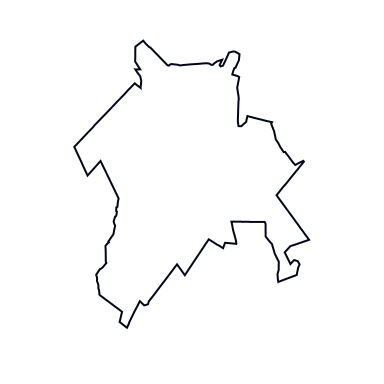 Lazdulejas pag., Balvu, Latvia (Equal Earth projection), rotated 282°
{"feature_id": "27541924B29489313148082", "entity_name": "Lazdulejas pag.", "entity_type": "district", "adm_level": 2, "iso_a3": "LVA", "parent_name": "Latvia", "parent_adm1": "Balvu", "projection": "equal_earth", "projection_center": [27.463, 57.024], "detail": "fine", "context": "isolated", "style": "outline", "palette": "ink", "viewbox_px": 384, "rotation_deg": 282, "n_neighbors": 0, "source": "geoboundaries", "source_scale": "gbopen_adm2", "svg_char_len": 5298}
<svg xmlns="http://www.w3.org/2000/svg" viewBox="0 0 384 384"><g transform="rotate(282 192 192)"><path d="M336.0,199.1L333.9,198.8L325.5,196.9L324.9,196.7L322.0,196.0L320.8,193.9L321.9,192.6L327.6,194.0L326.7,192.4L325.9,190.8L324.8,189.2L323.9,188.4L322.3,186.9L320.7,185.9L320.4,184.1L320.6,183.8L321.2,182.0L321.0,179.6L320.4,177.4L319.8,175.2L319.0,172.7L318.0,169.3L317.1,166.1L316.5,163.9L315.8,161.7L314.6,157.7L313.3,153.9L313.5,151.7L312.9,145.5L312.1,143.9L310.8,143.1L310.8,142.5L310.9,141.5L311.3,141.0L312.4,139.4L312.6,139.1L317.6,131.7L318.9,129.8L320.1,127.9L322.1,125.0L324.5,121.4L325.0,119.7L326.0,118.2L326.9,116.7L327.9,115.3L328.3,114.8L329.9,112.8L327.9,111.1L325.9,109.4L324.1,107.9L322.4,106.4L319.8,106.9L317.2,107.4L312.5,108.4L307.7,109.3L306.3,110.8L304.8,112.2L303.0,114.0L301.2,115.8L300.1,111.3L300.1,111.2L298.6,112.6L296.9,114.4L295.8,115.8L294.5,117.3L294.2,117.4L293.4,117.8L293.5,117.8L291.5,118.6L290.7,119.0L290.1,119.2L290.0,119.3L283.4,120.0L283.1,120.1L285.0,116.1L286.4,113.4L280.8,109.9L280.7,109.8L279.8,109.2L279.6,109.2L279.1,108.8L279.0,108.7L278.4,108.3L273.5,105.5L268.9,102.6L268.4,102.3L267.6,101.8L266.0,100.8L262.6,98.7L257.7,95.7L252.5,92.5L246.1,88.5L241.8,85.8L237.0,82.8L235.3,82.0L228.7,77.9L220.5,72.9L211.7,67.5L205.9,71.8L200.0,76.3L192.9,81.5L186.4,86.4L194.7,91.2L203.3,96.1L195.6,102.1L188.1,107.9L180.6,113.7L173.2,119.4L170.3,121.6L167.3,121.5L163.1,122.0L162.1,122.1L161.9,122.1L161.8,121.9L161.4,121.3L161.3,121.2L161.1,121.2L157.5,121.8L157.4,121.9L157.2,122.6L154.8,122.8L153.0,122.8L152.2,122.4L151.9,121.9L148.3,121.6L146.8,121.5L144.2,122.9L143.1,123.8L140.7,123.8L138.1,123.8L134.5,123.9L134.3,123.9L130.1,122.1L125.8,120.4L125.4,121.1L123.9,120.0L123.5,119.6L121.3,118.6L120.4,118.8L116.1,119.9L111.2,121.0L105.8,122.2L105.1,122.7L104.8,123.0L101.8,121.4L100.8,120.9L100.3,120.6L99.9,120.4L99.4,120.1L99.2,119.9L98.9,119.7L98.6,119.5L98.3,119.2L98.1,119.0L97.8,118.6L97.6,118.3L97.4,118.1L97.3,117.9L94.3,116.7L91.3,115.6L91.0,115.5L90.0,116.1L89.5,116.4L89.1,116.6L87.7,117.1L86.9,117.3L86.4,117.3L85.8,117.4L85.4,117.5L85.0,117.7L84.3,118.1L83.7,118.5L82.7,119.2L82.2,119.4L81.9,119.6L80.9,119.9L80.5,120.0L80.0,120.2L79.1,120.3L78.8,120.3L78.5,120.4L78.1,120.6L76.8,121.4L76.5,121.5L76.1,121.7L75.5,121.9L74.4,122.2L73.4,122.5L73.0,122.6L72.2,122.9L72.1,123.0L71.3,124.7L69.9,127.8L69.4,128.8L69.0,129.6L67.4,133.2L66.6,134.8L65.9,136.3L65.6,137.0L65.3,137.7L63.5,141.5L62.5,143.9L61.5,145.9L60.3,148.5L57.3,148.4L52.2,148.3L49.8,148.2L48.9,150.1L47.3,153.3L45.7,156.6L49.4,157.5L49.8,157.6L50.2,157.6L51.2,157.7L52.0,157.8L54.3,158.4L57.6,159.2L61.1,160.1L62.0,160.3L65.0,161.1L67.7,161.9L68.3,162.1L72.7,163.2L74.4,163.7L72.8,166.2L71.2,168.8L72.0,170.5L73.1,172.3L76.1,172.5L83.8,176.3L93.7,180.9L102.9,185.3L112.8,189.9L118.1,192.4L113.4,197.6L109.1,202.3L119.0,206.2L127.8,209.7L135.5,212.8L144.7,216.4L149.2,218.3L148.9,219.1L147.0,224.2L145.8,227.2L145.4,229.0L143.5,234.1L146.3,234.5L149.2,234.9L149.8,240.1L150.2,243.4L150.5,245.5L150.4,245.5L150.4,246.0L150.7,246.1L153.4,245.2L154.0,244.9L155.8,244.0L157.6,243.1L159.3,242.2L161.0,241.3L163.1,240.2L165.0,239.4L167.0,238.6L169.1,237.7L171.2,236.7L171.5,238.1L171.4,238.2L171.6,238.4L172.3,242.1L172.5,243.1L173.3,246.8L173.2,247.2L173.9,249.8L174.1,251.0L174.5,252.8L174.7,254.1L174.7,254.4L174.9,255.4L175.5,258.2L175.5,258.3L176.3,262.0L177.1,266.0L177.8,269.1L177.8,269.3L177.2,269.8L176.3,270.5L176.2,270.6L175.1,270.8L172.5,271.4L171.0,271.7L169.1,272.1L166.5,272.7L163.7,273.3L163.0,274.2L161.7,275.8L160.2,277.6L157.5,281.2L156.4,281.7L151.3,284.5L150.5,284.9L149.2,285.5L147.6,286.8L145.9,288.1L144.4,289.3L143.0,290.5L142.0,291.3L141.8,291.4L138.1,292.1L134.7,292.8L134.0,293.0L132.5,292.9L129.4,292.7L126.4,293.6L123.5,294.4L123.3,294.5L122.8,294.8L122.5,295.0L122.0,295.2L122.1,295.3L125.3,300.2L128.3,304.9L130.0,307.6L131.3,309.7L132.7,311.7L135.6,311.6L140.0,311.6L140.3,311.6L143.6,312.3L146.3,309.8L146.7,306.1L145.1,305.1L142.0,303.3L149.0,297.8L152.2,295.2L159.5,299.5L162.6,304.9L165.0,308.8L169.6,316.5L171.8,314.0L174.0,311.5L176.1,309.2L177.3,307.9L178.4,306.5L181.6,303.1L184.7,299.6L187.8,296.2L190.9,292.7L193.9,289.3L197.0,285.9L200.1,282.4L203.2,278.9L204.8,277.2L206.4,275.4L211.3,277.8L216.1,280.2L217.6,281.1L219.0,281.9L221.5,283.2L226.2,285.5L230.8,287.9L233.9,289.5L236.9,291.1L238.7,291.9L244.9,295.1L245.6,294.4L242.6,290.5L241.2,288.9L239.9,287.4L240.9,286.0L241.9,284.6L244.0,282.2L246.1,279.9L247.5,278.3L248.8,276.7L250.5,274.8L250.1,273.3L252.4,271.0L254.7,268.7L256.2,267.5L257.7,266.3L259.3,264.6L260.9,263.0L264.6,261.4L266.2,260.7L268.2,259.8L268.9,259.4L272.1,257.3L275.3,255.2L276.9,255.8L277.0,249.8L277.2,244.9L277.4,238.2L277.6,234.1L277.8,230.5L273.7,230.3L272.0,230.5L269.3,228.5L266.6,226.5L266.1,223.8L268.5,222.9L270.9,222.1L271.0,222.1L273.4,221.6L275.9,221.2L279.2,220.6L282.4,220.0L285.9,219.4L288.2,219.0L290.5,218.6L292.7,218.4L295.9,217.4L299.5,216.0L303.1,214.6L304.0,214.5L306.4,214.5L308.7,214.4L314.2,214.3L314.7,213.2L315.0,211.2L315.1,209.0L315.1,208.9L315.3,207.0L319.3,207.2L322.2,207.8L322.3,208.4L322.7,208.7L330.7,210.5L332.9,210.2L333.3,210.2L336.7,209.8L337.4,207.8L338.0,205.8L338.3,204.3L338.1,203.3L337.1,201.3L336.0,199.1Z" fill="none" stroke="#020617" stroke-width="2"/></g></svg>